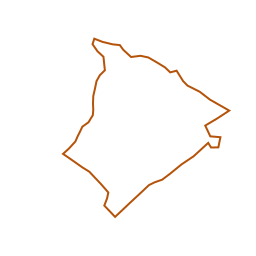 Estância Velha, Rio Grande do Sul, Brazil, rotated 129°
{"feature_id": "56859067B57024538505568", "entity_name": "Estância Velha", "entity_type": "district", "adm_level": 2, "iso_a3": "BRA", "parent_name": "Brazil", "parent_adm1": "Rio Grande do Sul", "projection": "natural_earth1", "projection_center": [-51.188, -29.652], "detail": "fine", "context": "isolated", "style": "outline", "palette": "amber", "viewbox_px": 256, "rotation_deg": 129, "n_neighbors": 0, "source": "geoboundaries", "source_scale": "gbopen_adm2", "svg_char_len": 848}
<svg xmlns="http://www.w3.org/2000/svg" viewBox="0 0 256 256"><g transform="rotate(129 128 128)"><path d="M108.6,59.2L89.1,56.3L90.9,51.2L86.2,45.6L77.0,50.4L82.7,58.8L77.5,69.5L64.5,64.7L50.8,60.3L54.4,82.3L54.7,95.1L57.6,108.4L56.9,114.6L52.9,126.3L58.2,130.2L57.6,137.3L58.6,145.1L60.4,156.6L64.0,163.7L70.9,170.3L70.2,181.0L68.7,186.5L72.6,192.5L77.1,202.0L79.8,210.4L85.2,208.3L87.6,199.9L88.1,191.9L97.7,182.3L104.7,183.1L111.3,182.0L117.9,178.6L125.0,175.1L130.9,170.7L135.9,166.3L140.2,163.4L148.4,162.3L155.7,164.3L161.5,162.9L166.1,161.9L171.6,160.4L181.3,161.0L189.0,162.2L188.2,151.8L187.3,138.3L186.3,130.6L187.3,123.3L188.5,114.1L190.5,102.7L195.8,100.0L203.2,97.6L205.2,82.1L196.4,80.9L184.3,79.3L170.5,77.3L159.2,75.8L153.4,73.1L146.6,68.9L136.9,66.5L122.6,63.5L108.6,59.2Z" fill="none" stroke="#b45309" stroke-width="2"/></g></svg>